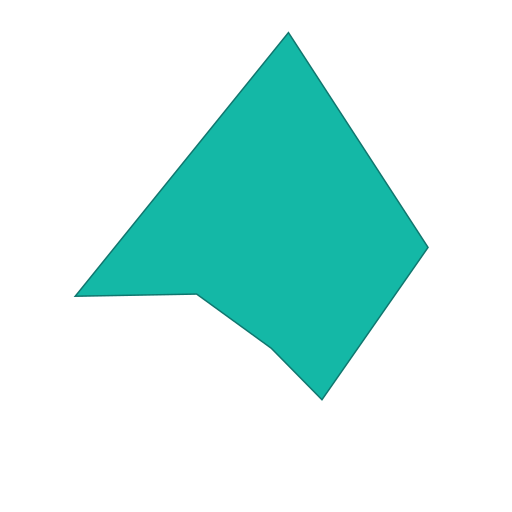 the border of Saint John Figtree, rotated 231°
{"feature_id": "KNA-5105", "entity_name": "Saint John Figtree", "entity_type": "Parish", "adm_level": 1, "iso_a3": "KNA", "parent_name": "Saint Kitts and Nevis", "parent_adm1": "", "projection": "equal_earth", "projection_center": [-62.592, 17.123], "detail": "fine", "context": "isolated", "style": "filled", "palette": "teal", "viewbox_px": 512, "rotation_deg": 231, "n_neighbors": 0, "source": "natural_earth", "source_scale": "10m", "svg_char_len": 254}
<svg xmlns="http://www.w3.org/2000/svg" viewBox="0 0 512 512"><g transform="rotate(231 256 256)"><path d="M409.2,421.8L154.4,395.1L102.8,216.8L174.7,209.8L263.8,185.9L338.5,90.2L409.2,421.8Z" fill="#14b8a6" stroke="#0f766e" stroke-width="1.5"/></g></svg>